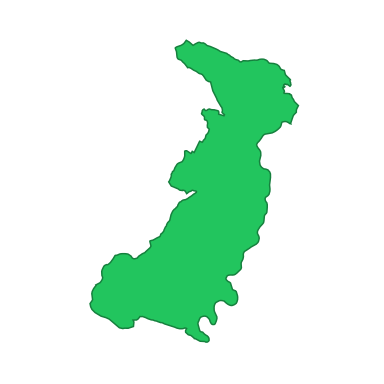 the district of Criciova, Timis, Romania, rotated 260°
{"feature_id": "2599482B5621760837960", "entity_name": "Criciova", "entity_type": "district", "adm_level": 2, "iso_a3": "ROU", "parent_name": "Romania", "parent_adm1": "Timis", "projection": "natural_earth1", "projection_center": [22.079, 45.641], "detail": "fine", "context": "isolated", "style": "filled", "palette": "green", "viewbox_px": 384, "rotation_deg": 260, "n_neighbors": 0, "source": "geoboundaries", "source_scale": "gbopen_adm2", "svg_char_len": 6028}
<svg xmlns="http://www.w3.org/2000/svg" viewBox="0 0 384 384"><g transform="rotate(260 192 192)"><path d="M242.0,301.2L242.5,301.1L249.3,304.8L250.4,305.8L252.4,308.6L253.8,308.8L255.4,309.4L258.6,311.8L263.3,308.5L265.5,308.0L267.5,307.0L270.3,306.7L271.2,305.2L271.8,305.3L272.5,302.8L273.0,300.5L273.2,299.9L273.6,299.7L273.8,299.7L275.0,300.5L276.1,300.4L277.7,299.7L279.1,299.5L279.6,300.0L279.4,300.6L279.0,300.8L279.5,301.7L280.6,300.9L281.2,300.7L281.6,300.9L281.8,301.3L281.8,302.2L282.1,302.3L281.8,302.8L282.0,303.1L281.2,304.1L281.4,304.7L279.1,306.8L279.3,307.2L279.7,307.4L280.3,308.1L281.5,307.9L282.1,308.1L284.9,307.7L285.2,307.8L285.3,308.4L285.5,308.4L290.7,304.7L291.9,304.3L295.7,304.0L296.0,303.2L297.2,301.2L297.8,300.7L300.6,299.7L301.9,298.7L302.9,297.7L304.3,294.9L305.4,290.5L306.1,290.0L308.3,288.7L309.0,287.9L310.3,285.8L310.8,283.4L310.9,281.6L310.5,279.0L311.1,276.2L311.4,272.2L311.3,270.1L312.4,265.2L311.6,263.2L311.8,261.9L313.7,260.5L314.9,258.0L315.8,256.8L317.0,256.0L318.9,253.6L320.1,252.8L321.6,250.9L322.4,250.4L325.5,244.3L327.2,242.5L328.7,240.5L332.1,235.3L333.4,232.7L334.0,231.9L335.4,230.9L336.8,229.2L337.0,227.7L337.2,226.8L338.1,225.4L338.2,224.2L337.3,221.0L336.2,218.5L340.2,215.3L342.4,212.7L339.9,210.1L339.4,209.4L338.3,206.8L337.6,202.3L337.0,200.7L336.4,200.5L332.9,201.1L327.4,200.7L325.8,201.1L325.0,201.9L323.9,203.9L323.3,204.5L321.7,205.4L319.7,207.0L315.9,209.0L315.2,209.2L315.2,210.1L314.7,211.5L313.9,212.5L311.6,214.9L310.1,217.1L307.7,219.4L307.0,220.5L306.8,221.2L306.0,222.4L304.4,223.4L299.7,225.4L297.9,227.5L297.2,229.4L288.0,230.1L279.6,232.6L278.4,232.7L271.2,235.4L269.9,236.1L267.5,236.2L266.5,236.0L265.4,235.4L264.9,235.5L262.5,237.4L261.5,236.7L264.0,231.8L266.0,232.3L267.1,232.1L267.6,231.5L269.0,228.4L269.7,225.5L270.7,223.5L270.6,222.3L269.9,220.9L269.8,219.9L270.0,219.3L271.6,218.3L271.1,217.0L270.1,216.1L269.1,215.9L267.5,215.0L266.7,215.3L264.7,216.9L263.7,217.3L261.5,216.9L260.8,217.2L260.1,218.7L259.7,219.0L258.6,219.4L256.7,219.3L255.2,218.7L253.0,218.4L250.8,219.9L248.5,218.8L246.8,217.5L246.0,216.1L245.4,215.6L242.7,214.4L242.2,214.0L240.9,212.2L239.6,211.2L239.2,210.6L240.7,208.4L240.5,208.2L230.5,201.0L232.0,199.3L230.1,197.8L230.1,197.6L233.5,194.0L233.7,192.9L233.5,191.9L228.7,191.1L226.5,190.0L224.6,188.6L223.5,187.4L222.9,184.2L222.4,182.9L221.8,182.0L219.0,179.5L215.9,177.6L215.6,176.4L214.2,175.7L213.1,174.6L211.8,174.5L210.2,173.9L207.0,171.8L206.0,170.8L201.5,172.6L197.4,179.0L196.3,179.9L195.8,180.6L195.1,182.9L195.4,183.2L195.3,183.7L194.9,184.3L194.7,185.0L192.5,186.1L191.3,186.4L191.5,187.0L192.7,189.0L193.0,191.1L193.6,192.2L193.6,192.6L193.6,193.0L192.9,194.1L192.3,195.8L191.9,196.4L191.7,196.5L190.9,196.2L189.8,194.0L189.7,193.4L188.3,191.0L187.1,188.1L186.3,186.6L185.6,184.4L185.6,181.8L185.0,180.3L184.3,179.3L184.2,178.3L183.9,177.7L181.6,175.8L180.1,175.1L179.7,174.0L178.6,172.9L178.0,171.5L176.5,169.7L173.4,167.5L167.8,165.1L166.1,162.8L165.3,162.1L164.1,161.3L162.9,160.8L162.1,159.7L159.5,157.9L158.5,157.5L158.0,157.0L156.6,155.3L156.0,154.0L154.6,153.3L153.7,152.6L152.9,149.6L151.4,145.4L151.2,142.3L150.9,142.0L150.4,141.9L146.5,142.2L145.5,142.0L144.4,141.0L141.2,135.9L140.5,135.1L139.8,132.2L139.3,131.3L138.1,128.5L136.4,126.5L136.2,124.1L136.3,123.2L137.2,121.8L139.5,120.8L141.9,118.3L142.2,117.6L142.9,115.3L143.4,112.5L143.5,110.7L143.4,109.7L142.8,107.3L142.9,105.6L142.8,105.2L140.1,102.9L136.8,99.5L135.2,96.9L135.1,95.9L135.3,95.4L135.3,95.0L134.9,93.5L134.6,92.8L133.5,91.8L131.1,90.1L129.5,89.3L125.4,88.8L123.5,89.2L121.7,88.6L119.6,86.8L118.6,85.6L117.2,81.2L116.8,81.4L114.0,78.4L111.4,76.5L109.3,75.7L103.3,75.4L102.3,74.7L99.8,72.2L96.5,72.3L93.7,73.1L90.1,75.6L85.5,80.9L83.2,85.5L81.1,88.5L70.9,96.9L69.5,100.2L69.6,101.9L68.9,105.5L69.7,111.0L74.0,112.2L76.1,111.7L75.6,115.2L76.2,116.7L77.9,118.7L78.4,119.0L78.0,120.9L78.0,121.6L76.4,124.5L74.8,126.7L73.2,129.6L72.6,131.6L71.8,132.7L70.9,135.0L70.4,135.6L68.7,138.7L68.5,139.9L66.9,142.0L61.9,151.5L60.6,153.5L59.5,156.1L59.0,159.2L59.2,160.8L59.4,161.2L58.8,162.7L58.5,163.0L56.8,161.7L56.2,161.5L54.9,161.4L52.1,163.5L50.9,166.0L50.4,166.5L47.7,168.7L47.2,168.8L46.8,170.0L43.6,174.1L42.6,178.4L41.7,179.7L41.6,181.3L42.4,182.7L43.0,183.1L45.1,183.3L46.7,182.7L47.9,181.8L48.9,180.5L50.3,179.3L52.1,178.2L52.7,176.7L53.3,175.9L54.4,175.5L61.2,174.9L63.0,175.6L63.9,176.4L65.3,177.1L66.7,178.2L67.4,179.4L67.6,180.7L67.7,182.3L67.4,183.5L66.8,184.8L65.1,186.1L63.4,187.1L61.1,187.4L59.0,188.1L58.2,188.8L57.9,189.4L57.7,190.5L57.7,191.0L58.2,191.9L60.9,193.6L63.2,194.6L64.8,194.8L70.2,193.4L71.8,193.3L74.5,193.7L76.2,194.2L77.9,195.2L79.0,196.3L80.2,199.9L80.2,201.4L79.8,202.9L79.1,204.6L76.6,206.5L75.1,208.0L74.2,209.2L73.4,210.8L73.3,212.2L73.8,214.4L74.7,216.2L76.0,217.2L78.1,218.2L80.4,218.7L81.8,218.8L86.1,218.3L87.1,217.7L88.5,215.4L89.3,214.9L95.7,214.1L96.7,213.3L97.6,212.0L98.9,211.0L100.0,210.4L101.1,210.4L103.3,212.1L103.7,213.3L103.7,214.8L103.2,217.5L103.1,219.0L103.4,220.2L104.3,222.0L107.4,226.6L108.8,227.5L112.8,227.9L114.1,228.3L117.1,230.5L119.3,231.4L121.7,231.7L123.0,232.2L124.3,233.3L126.5,238.5L127.6,240.7L129.5,246.2L130.8,248.1L132.0,249.0L134.6,250.1L136.0,250.2L137.3,250.0L139.4,249.3L140.5,249.3L142.0,249.7L143.5,250.7L145.9,252.9L148.1,255.8L149.3,257.1L151.0,257.8L156.1,259.2L157.2,260.2L158.1,261.5L159.1,262.2L163.7,263.4L166.4,263.9L168.4,263.8L169.9,263.0L171.4,262.7L173.1,262.9L174.1,263.7L175.1,265.9L176.3,267.4L179.2,268.8L181.4,269.3L185.5,269.6L192.6,271.8L196.2,272.4L198.3,272.0L200.6,270.6L201.7,268.7L202.4,266.6L204.2,264.9L205.4,264.2L207.1,263.7L210.7,263.8L216.0,266.1L218.7,266.5L220.0,266.5L221.7,265.9L224.1,264.6L226.1,263.9L227.5,263.9L228.4,264.5L229.2,265.2L230.6,267.2L233.0,269.7L234.7,271.2L235.8,272.5L236.3,274.0L236.3,281.2L237.1,284.0L238.0,286.1L239.2,288.2L240.6,290.2L241.8,291.1L244.7,292.4L245.3,293.1L245.3,295.8L244.8,297.4L243.8,298.8L242.4,300.2L242.0,301.2Z" fill="#22c55e" stroke="#15803d" stroke-width="1.5"/></g></svg>